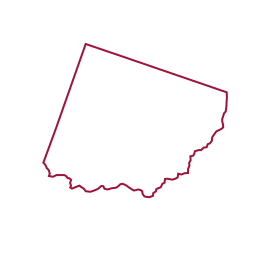 the district of Granito, Pernambuco, Brazil, rotated 122°
{"feature_id": "56859067B26084902822127", "entity_name": "Granito", "entity_type": "district", "adm_level": 2, "iso_a3": "BRA", "parent_name": "Brazil", "parent_adm1": "Pernambuco", "projection": "orthographic", "projection_center": [-39.657, -7.79], "detail": "fine", "context": "isolated", "style": "outline", "palette": "rose", "viewbox_px": 256, "rotation_deg": 122, "n_neighbors": 0, "source": "geoboundaries", "source_scale": "gbopen_adm2", "svg_char_len": 1400}
<svg xmlns="http://www.w3.org/2000/svg" viewBox="0 0 256 256"><g transform="rotate(122 128 128)"><path d="M79.2,208.4L123.0,198.6L164.2,189.4L167.4,188.7L202.3,181.4L202.8,179.3L203.7,177.5L205.0,175.7L205.7,172.9L208.1,170.2L210.6,169.6L209.9,167.8L209.1,165.8L205.8,163.7L204.6,161.8L201.6,156.9L201.7,154.5L202.5,152.7L201.7,151.1L202.1,148.8L205.2,148.0L207.2,145.7L209.1,145.4L209.1,143.4L204.7,140.3L202.6,138.6L202.9,135.9L202.8,133.7L204.0,130.3L202.0,126.1L199.3,123.8L195.5,121.2L191.4,119.9L190.4,118.1L192.0,115.7L190.9,112.7L189.3,111.2L187.8,110.0L186.6,108.5L185.1,106.6L182.6,105.4L179.7,104.7L178.2,103.0L177.7,100.4L177.7,98.4L177.9,95.5L178.0,92.3L177.9,89.9L176.6,88.5L174.9,87.0L174.0,84.8L174.0,82.6L176.3,80.5L177.3,77.7L176.5,75.5L175.2,73.0L172.2,70.9L169.9,72.1L167.0,70.8L164.7,71.6L160.8,68.8L157.1,69.3L155.1,68.0L151.7,69.6L150.3,68.0L148.3,63.0L145.9,61.0L143.7,59.7L140.1,61.2L139.2,58.1L136.3,56.0L134.4,53.3L130.7,55.4L127.4,55.9L125.2,57.7L122.1,57.8L119.0,60.1L116.8,58.0L114.4,58.2L112.3,59.0L109.0,56.1L108.1,54.3L104.6,53.5L102.6,51.1L99.5,51.8L97.7,50.5L94.5,50.1L91.1,51.7L84.1,51.3L79.6,48.5L77.1,47.6L74.7,49.2L72.7,51.4L70.6,52.8L64.6,54.3L62.2,53.9L56.7,56.4L54.8,57.6L52.5,58.8L49.9,60.2L45.4,63.2L46.6,68.2L47.2,70.8L62.6,137.2L66.3,153.4L67.4,157.9L69.0,165.0L70.3,170.6L73.5,184.1L79.2,208.4Z" fill="none" stroke="#9f1239" stroke-width="2"/></g></svg>